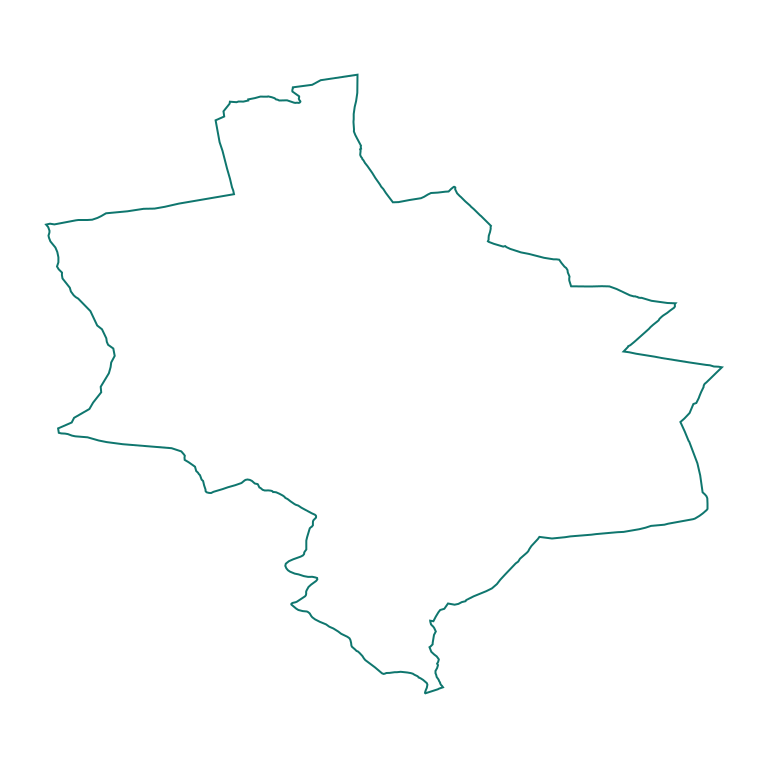 outline of Iveland nor, Aust-Agder, Norway
{"feature_id": "86288312B22941385681513", "entity_name": "Iveland nor", "entity_type": "district", "adm_level": 2, "iso_a3": "NOR", "parent_name": "Norway", "parent_adm1": "Aust-Agder", "projection": "equal_earth", "projection_center": [7.955, 58.433], "detail": "fine", "context": "isolated", "style": "outline", "palette": "teal", "viewbox_px": 768, "rotation_deg": 0, "n_neighbors": 0, "source": "geoboundaries", "source_scale": "gbopen_adm2", "svg_char_len": 6061}
<svg xmlns="http://www.w3.org/2000/svg" viewBox="0 0 768 768"><path d="M596.0,534.1L617.4,532.2L623.6,531.9L639.3,529.2L645.5,527.7L651.0,525.9L664.4,524.7L668.2,523.7L693.0,519.2L694.9,518.6L699.4,515.9L702.8,513.4L706.7,510.0L707.5,508.9L707.5,503.5L707.3,498.3L706.5,496.3L705.0,494.5L702.6,492.3L700.2,475.4L697.4,463.3L689.2,441.6L688.6,440.9L684.7,431.4L680.4,422.0L684.3,418.6L689.6,413.0L693.4,404.0L696.3,403.0L698.8,398.0L699.5,396.0L701.2,391.9L703.6,387.0L703.6,386.2L704.0,385.0L704.7,383.8L706.3,382.5L721.9,367.3L718.4,366.7L713.9,366.5L710.0,365.3L706.0,364.9L689.1,362.4L661.5,358.0L654.8,356.7L636.0,353.7L629.4,352.3L623.6,351.5L628.0,346.9L628.1,346.3L630.3,345.2L634.3,341.9L649.0,328.8L650.4,327.2L653.1,324.8L658.6,320.4L659.5,318.8L661.6,316.8L663.2,315.5L667.2,312.9L670.2,310.5L674.1,307.7L674.9,306.5L674.8,304.1L675.5,303.3L667.5,303.0L651.5,300.8L641.5,297.8L640.7,297.9L638.3,297.6L637.7,297.0L636.1,296.7L635.1,296.3L633.9,296.4L629.9,295.3L616.6,289.0L609.4,286.4L601.8,286.2L590.5,286.5L571.1,286.3L569.3,280.6L569.2,278.9L569.5,276.5L567.8,272.5L567.5,270.1L566.2,268.0L564.5,266.7L561.4,262.9L559.2,259.7L556.2,259.3L553.4,259.3L544.0,257.8L528.8,253.9L521.0,252.4L510.2,248.9L506.4,247.1L505.2,246.1L503.2,246.6L493.8,243.8L488.8,241.9L487.9,241.3L488.6,239.7L488.6,237.9L488.8,235.7L490.0,232.1L490.7,228.8L490.6,226.9L491.0,225.9L480.8,215.8L480.3,215.5L473.8,209.1L470.9,206.6L470.2,205.7L465.3,201.4L460.9,197.0L459.8,196.1L457.1,193.3L455.2,189.4L455.3,187.5L454.6,186.9L453.7,186.9L451.2,188.9L448.6,191.5L445.3,191.7L437.8,192.6L431.0,193.0L427.9,194.5L424.1,196.8L421.0,198.2L409.6,200.0L398.5,202.1L392.9,202.3L385.8,192.9L383.3,189.0L381.2,186.7L380.0,184.6L375.3,177.9L372.3,173.0L367.4,166.0L365.0,163.0L363.4,160.2L362.4,159.2L362.2,158.3L361.1,156.9L360.4,155.5L360.2,154.7L360.6,150.7L360.1,149.3L361.1,148.8L360.7,146.7L361.0,145.8L356.9,138.1L355.3,135.0L353.9,131.5L354.0,129.4L353.5,122.4L353.5,121.2L353.7,119.3L353.7,114.0L354.7,106.9L356.1,101.1L357.3,92.9L357.5,74.7L320.7,80.2L312.2,84.8L293.1,87.3L293.2,87.7L292.7,88.1L292.8,88.5L292.4,89.7L292.3,91.1L292.5,91.6L299.1,96.3L299.2,96.9L298.8,98.8L299.4,100.1L300.2,101.0L300.4,101.7L299.9,102.4L298.9,102.9L297.0,102.7L295.3,102.9L293.8,102.6L287.0,100.3L279.2,100.5L277.6,99.7L276.0,99.4L274.6,98.2L271.7,97.2L268.1,96.4L267.3,96.7L260.3,96.6L254.9,98.1L248.2,99.4L248.3,100.5L243.4,101.6L238.6,101.5L236.5,102.2L229.9,101.7L229.6,103.7L223.5,111.3L224.2,116.5L215.6,120.3L219.6,142.2L222.5,150.8L227.0,168.4L230.0,178.8L232.0,187.3L233.2,190.4L234.0,194.2L178.9,203.6L164.8,206.8L154.5,208.6L143.7,208.8L127.4,211.3L106.0,213.3L101.2,216.1L97.5,217.9L92.2,219.7L87.3,220.0L78.4,220.0L76.0,220.3L54.4,224.4L50.0,223.7L46.1,224.6L48.2,227.1L49.5,230.8L49.4,232.7L48.5,235.6L49.0,237.8L50.4,241.4L55.4,247.5L57.3,252.0L58.4,257.3L58.4,262.3L57.0,266.5L58.7,269.3L62.0,272.6L61.9,275.0L62.5,278.5L69.8,287.7L70.9,291.5L73.7,295.3L75.7,297.1L78.2,298.6L90.4,311.1L97.2,325.5L102.0,329.3L106.3,338.3L106.8,341.8L108.1,344.8L113.3,348.5L114.7,355.9L111.2,362.5L110.6,367.1L108.9,373.2L100.7,386.8L101.2,392.3L93.1,402.6L89.4,409.0L74.1,417.8L71.7,422.5L58.1,428.4L58.8,432.8L61.2,433.4L65.0,433.6L67.9,434.1L71.9,435.6L75.2,436.3L87.5,437.3L98.7,440.5L106.7,442.1L122.7,444.2L171.6,448.2L181.3,451.4L183.9,454.4L184.8,455.7L184.5,457.6L184.7,459.9L188.6,462.2L195.0,466.7L196.2,471.0L198.0,472.7L198.8,474.0L200.0,475.2L201.6,479.6L203.1,481.0L204.1,485.3L205.5,489.5L205.6,491.1L205.9,491.6L206.9,492.4L209.0,492.9L211.1,493.0L213.5,491.8L222.6,489.1L227.8,487.3L235.2,485.2L241.5,483.0L244.4,480.6L245.5,479.9L247.5,479.5L248.6,479.7L249.8,479.9L251.9,480.9L254.8,483.5L257.6,484.1L257.9,484.4L259.4,487.5L260.4,487.9L262.6,489.8L264.8,490.5L268.4,490.4L271.0,490.7L272.4,491.2L273.1,492.1L273.9,492.0L276.2,492.3L279.3,493.7L282.7,495.5L284.5,496.8L285.0,497.6L286.4,498.5L287.4,498.9L290.6,501.4L294.4,504.0L295.6,504.7L298.3,505.6L301.4,507.7L304.9,509.6L311.8,513.3L314.9,514.7L315.9,515.6L316.1,516.6L316.0,517.6L313.5,520.2L313.0,521.3L312.9,522.6L312.9,525.3L311.8,526.7L310.8,527.3L309.8,528.3L309.5,529.2L307.1,537.2L306.3,540.6L306.3,549.5L304.6,551.8L304.2,552.7L304.1,554.0L303.0,555.4L300.7,556.6L293.2,559.3L288.9,561.2L285.8,563.7L285.3,565.9L286.4,568.4L288.0,570.3L290.1,571.7L294.7,573.6L298.6,574.4L303.8,576.1L308.2,576.9L312.3,576.8L315.2,577.4L317.1,578.0L317.3,579.4L316.2,580.9L311.0,584.7L308.5,587.0L306.5,590.6L306.1,592.0L306.2,593.3L306.0,594.9L305.2,596.2L296.9,601.7L295.7,602.2L292.7,602.9L291.8,603.4L291.4,603.8L291.3,604.3L291.5,604.7L296.3,608.7L298.4,610.0L302.8,611.1L306.9,611.5L308.1,612.1L309.7,613.4L311.3,616.1L312.3,617.3L315.1,619.4L319.8,621.8L326.1,624.4L329.3,626.7L333.4,628.5L338.2,631.5L341.2,633.8L347.4,636.8L349.5,638.3L350.4,640.0L351.1,642.9L351.4,645.5L351.9,646.7L355.0,649.4L356.6,651.0L357.8,651.4L359.5,652.9L362.4,656.0L363.9,658.4L365.3,660.1L374.9,667.3L382.0,673.3L383.5,673.9L384.7,673.7L386.4,673.0L389.6,672.9L394.7,672.2L396.9,672.2L400.7,671.8L407.3,672.5L410.8,673.1L412.8,673.7L414.5,674.8L417.3,676.1L418.5,677.0L418.6,677.5L420.4,678.2L423.1,679.9L426.8,683.1L427.4,684.6L427.3,685.3L426.8,687.8L425.8,690.1L425.1,692.3L425.0,692.9L425.4,693.3L437.8,689.3L439.1,688.6L443.0,687.3L442.0,685.9L441.1,685.0L440.2,683.5L440.1,682.6L439.2,681.2L438.5,679.5L436.7,677.0L436.1,674.6L435.5,673.3L435.5,670.9L437.1,668.1L438.0,665.1L437.1,663.7L438.1,662.0L438.8,659.5L438.6,659.0L436.7,656.4L434.2,654.5L431.3,651.8L429.5,647.2L430.4,646.6L432.6,644.4L432.7,642.7L434.0,634.9L435.8,631.5L434.2,628.0L433.2,626.6L431.7,625.2L431.0,624.3L430.3,621.7L430.2,620.7L433.4,621.2L435.8,616.6L438.4,612.3L440.2,610.0L444.3,608.8L448.0,603.5L454.6,604.7L458.4,603.9L461.8,602.1L465.5,601.2L466.3,600.0L473.7,596.3L486.2,591.2L491.9,588.4L496.9,584.1L500.3,579.7L505.3,574.3L515.7,563.4L518.2,561.6L520.0,558.7L526.9,552.7L528.2,551.3L529.4,549.0L531.4,546.0L537.9,539.0L539.4,536.9L552.0,538.5L565.1,537.2L570.3,536.4L591.3,534.7L596.0,534.1Z" fill="none" stroke="#0f766e" stroke-width="2"/></svg>